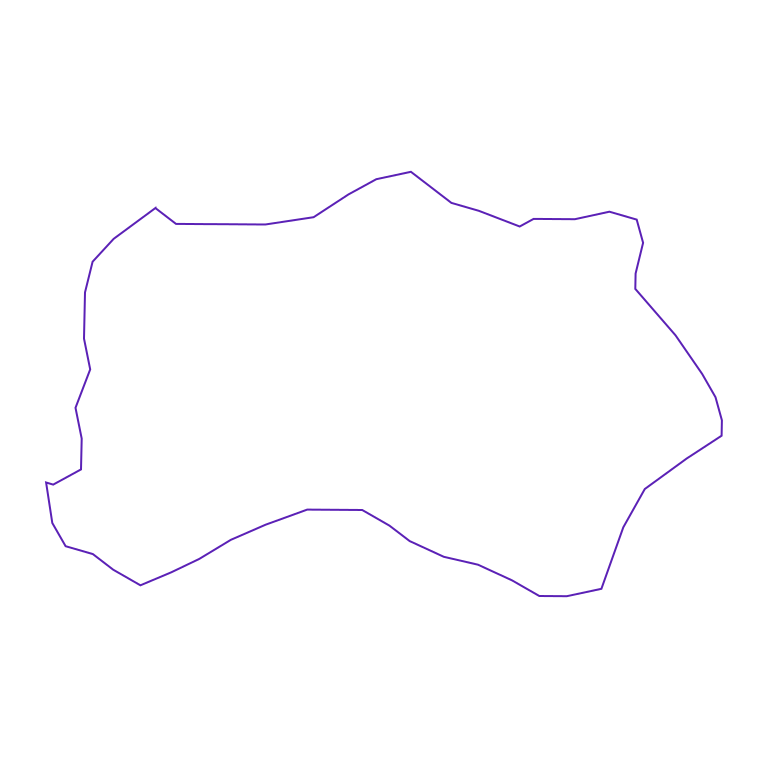 outline of Phihyon, P'yŏngan-bukto, North Korea
{"feature_id": "82179303B32066025180418", "entity_name": "Phihyon", "entity_type": "district", "adm_level": 2, "iso_a3": "PRK", "parent_name": "North Korea", "parent_adm1": "P'yŏngan-bukto", "projection": "equal_earth", "projection_center": [124.575, 40.048], "detail": "fine", "context": "isolated", "style": "outline", "palette": "violet", "viewbox_px": 768, "rotation_deg": 0, "n_neighbors": 0, "source": "geoboundaries", "source_scale": "gbopen_adm2", "svg_char_len": 835}
<svg xmlns="http://www.w3.org/2000/svg" viewBox="0 0 768 768"><path d="M533.6,218.9L519.7,226.5L478.8,210.8L451.4,202.9L410.9,171.8L376.3,179.2L348.5,194.4L313.6,217.2L265.3,224.5L224.1,224.2L203.5,224.1L176.0,223.9L155.7,208.3L155.6,207.9L113.7,238.8L92.6,261.7L85.0,292.4L84.0,338.6L90.2,369.4L75.5,407.8L81.7,438.6L81.0,469.4L53.2,484.6L46.1,482.5L52.3,523.0L65.6,546.2L92.9,554.1L113.2,569.7L140.4,585.3L171.3,572.3L199.3,558.9L230.9,539.8L265.6,524.7L307.2,509.6L362.2,510.0L389.4,525.6L409.7,541.1L443.8,556.8L478.0,564.7L512.1,580.4L539.3,596.0L566.8,596.2L601.4,588.8L623.3,527.3L644.8,489.0L686.7,458.5L721.6,435.7L721.9,420.3L715.5,397.2L702.2,374.0L675.5,335.3L655.4,312.1L635.3,288.9L635.6,273.5L643.1,242.8L636.7,219.6L609.4,211.7L574.9,219.2L547.4,219.0L533.6,218.9Z" fill="none" stroke="#5b21b6" stroke-width="2"/></svg>